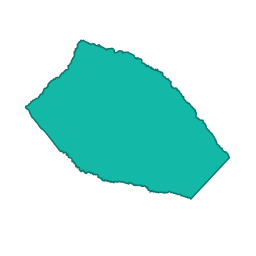 the district of General Alvear, Mendoza, Argentina, rotated 313°
{"feature_id": "61730980B19531104090182", "entity_name": "General Alvear", "entity_type": "district", "adm_level": 2, "iso_a3": "ARG", "parent_name": "Argentina", "parent_adm1": "Mendoza", "projection": "albers", "projection_center": [-66.959, -35.244], "detail": "fine", "context": "isolated", "style": "filled", "palette": "teal", "viewbox_px": 256, "rotation_deg": 313, "n_neighbors": 0, "source": "geoboundaries", "source_scale": "gbopen_adm2", "svg_char_len": 5799}
<svg xmlns="http://www.w3.org/2000/svg" viewBox="0 0 256 256"><g transform="rotate(313 128 128)"><path d="M174.3,66.1L175.5,64.8L175.7,62.9L175.5,62.2L172.5,59.6L171.6,59.4L171.6,58.8L170.8,59.1L170.3,58.8L170.2,58.4L170.4,57.7L169.8,54.3L169.3,54.3L169.3,53.2L168.8,52.7L169.2,52.0L168.2,51.1L169.1,50.5L169.2,50.1L166.8,49.0L166.1,47.7L166.6,47.0L166.4,45.7L165.8,45.5L165.7,44.9L163.5,43.4L163.6,42.5L162.7,41.4L163.2,40.8L161.9,37.7L161.7,35.7L161.3,35.7L160.5,34.8L160.1,33.8L159.6,33.8L158.9,34.4L157.8,33.6L155.6,34.1L154.7,33.9L153.4,35.3L152.7,35.6L152.5,36.2L152.0,36.4L151.4,36.0L150.8,36.1L150.0,35.6L149.5,36.0L149.1,37.0L148.5,37.2L147.7,36.6L146.8,36.8L146.7,37.8L145.8,37.8L144.6,39.4L141.9,40.2L141.2,40.0L140.2,40.7L139.2,40.6L138.0,41.1L137.7,41.7L136.9,42.1L135.9,41.8L133.6,42.2L132.7,41.7L132.0,42.2L131.0,44.1L130.6,44.2L128.9,43.6L128.1,42.8L127.4,43.1L126.8,42.8L124.8,42.9L123.7,43.3L123.2,42.3L122.9,42.3L122.7,42.5L120.2,42.5L119.2,43.2L118.3,43.0L117.7,43.1L116.7,41.7L116.3,41.7L115.4,41.0L113.9,41.4L113.2,40.3L112.0,40.7L111.8,40.3L109.5,39.6L108.3,39.8L107.8,39.5L107.1,40.0L106.4,39.6L105.9,39.7L104.8,40.2L104.0,41.2L103.6,40.8L102.6,41.2L101.8,40.9L101.5,41.1L100.3,40.1L98.9,40.0L97.7,41.1L95.8,41.2L94.9,42.3L93.4,41.2L92.5,41.5L92.2,41.1L91.4,41.5L89.6,41.5L89.3,42.0L88.8,42.0L87.8,41.7L87.3,41.0L84.4,40.3L83.3,39.6L82.2,39.9L81.2,39.1L79.4,40.0L77.9,39.3L76.3,39.6L74.3,38.5L73.7,38.7L73.0,39.3L72.9,40.6L73.5,43.4L72.0,46.0L70.4,50.4L70.4,53.6L69.7,56.7L69.8,58.5L69.2,60.2L68.5,63.9L68.4,65.0L68.9,67.9L68.2,73.5L64.8,94.2L64.9,94.7L66.1,95.2L65.8,96.2L66.1,96.7L65.7,97.6L65.8,98.1L67.6,98.6L67.9,99.5L67.3,100.2L67.3,101.1L66.6,100.9L66.3,101.4L67.5,102.1L66.8,102.4L66.7,103.7L66.0,104.6L67.1,106.8L67.3,108.1L65.3,109.9L65.4,110.3L66.4,110.7L66.2,111.6L65.8,112.0L66.1,112.5L65.5,112.9L65.9,113.8L65.1,115.1L65.4,115.7L65.2,116.0L64.3,116.1L64.2,116.5L65.0,116.9L65.2,117.4L64.5,118.2L65.8,118.9L65.9,119.5L65.5,120.1L64.4,120.6L64.4,121.3L64.1,121.8L64.5,122.4L64.1,123.2L64.5,123.7L65.9,123.6L65.9,125.2L66.6,125.3L66.6,125.6L66.2,126.1L66.2,126.8L65.8,127.4L66.0,127.8L66.7,127.7L67.1,128.3L66.9,128.6L68.3,128.6L68.6,129.1L69.5,129.3L69.3,129.9L69.6,130.7L69.4,131.4L70.4,132.1L70.4,132.7L70.9,133.4L70.3,133.5L70.3,134.4L70.7,134.9L71.5,135.1L71.6,136.1L72.9,137.1L73.0,138.5L71.7,139.4L71.6,139.9L71.9,140.6L72.2,140.8L72.6,142.2L72.5,143.2L73.2,143.5L72.3,144.3L72.8,146.4L73.6,147.1L74.2,146.6L74.8,147.9L75.3,148.2L75.0,148.8L75.7,149.2L75.4,149.7L76.2,150.0L76.2,151.1L76.4,151.8L76.7,151.7L76.8,152.2L77.5,152.3L77.5,153.3L78.7,154.1L78.5,154.9L79.5,155.2L80.3,155.1L81.0,157.0L83.0,158.1L83.5,159.4L84.0,159.5L84.2,160.2L84.9,160.4L85.1,161.0L85.0,161.6L85.6,162.1L85.6,162.8L86.4,163.9L86.6,164.8L87.3,165.4L87.3,166.3L87.9,166.7L88.5,166.2L89.0,166.3L89.0,166.8L90.1,168.0L89.7,168.3L89.7,168.7L90.4,169.8L90.3,170.4L90.7,170.9L90.2,171.0L90.2,171.3L90.8,171.8L90.7,172.0L91.5,173.0L92.1,173.3L92.6,174.4L93.1,174.4L94.2,175.5L94.2,176.2L95.3,176.8L94.7,177.5L95.2,178.5L96.1,179.2L96.8,179.2L97.0,179.5L97.3,181.5L97.8,182.5L97.0,182.5L97.3,183.4L96.5,185.0L96.8,185.2L96.6,185.6L97.2,187.2L96.7,187.7L97.5,187.7L97.6,188.3L98.5,188.3L98.3,189.1L99.2,190.0L98.9,190.6L99.5,190.8L99.9,191.6L100.4,191.8L100.2,192.4L100.7,192.8L100.7,193.1L101.4,193.4L101.4,194.4L102.9,195.2L103.1,195.6L104.3,196.6L104.6,197.1L104.5,197.8L104.7,198.3L105.5,198.9L106.0,198.8L106.0,199.3L107.8,201.1L109.6,201.2L109.9,201.5L110.1,203.4L111.4,204.7L111.4,205.8L112.3,206.7L112.4,207.5L113.1,208.4L113.1,209.5L115.1,211.5L114.7,212.9L115.7,213.9L115.8,214.9L116.8,216.5L117.0,217.8L118.0,218.3L117.8,219.1L117.9,219.6L119.2,220.8L119.0,222.4L175.3,222.4L175.6,222.2L175.5,221.6L176.6,220.0L176.6,219.2L177.1,218.8L177.2,218.0L176.9,216.7L177.3,215.9L176.3,214.6L176.2,213.4L176.4,211.7L177.2,210.8L177.3,210.3L176.5,209.6L176.5,208.8L177.2,207.6L177.1,205.3L176.8,204.3L177.0,203.5L177.6,203.1L178.0,201.9L178.8,200.9L179.0,199.6L179.9,198.0L180.2,196.8L180.2,195.8L181.1,193.7L180.9,190.1L181.3,189.4L181.3,185.5L182.3,184.3L183.1,182.8L183.5,181.6L183.2,180.4L183.6,180.0L183.3,179.4L184.5,178.0L184.6,177.2L183.6,176.4L182.9,174.9L183.0,173.7L182.6,173.1L182.8,172.8L182.4,172.6L182.5,171.3L182.8,171.1L182.3,170.3L183.1,169.2L184.3,168.8L184.7,168.2L185.5,167.9L185.6,166.9L186.1,166.4L186.0,165.7L186.6,165.5L186.9,165.1L186.7,164.2L187.0,163.9L186.7,163.3L187.0,162.8L186.7,162.5L187.0,161.8L186.9,161.4L187.2,161.0L187.0,158.8L187.4,157.9L187.4,156.9L187.8,156.3L187.5,155.4L187.0,155.1L187.3,154.0L186.6,153.4L186.6,152.9L187.3,151.2L187.0,150.3L187.5,149.0L187.4,148.6L188.8,147.3L188.1,146.2L188.9,144.5L189.2,142.9L189.0,141.8L189.8,140.5L189.7,138.2L189.3,138.1L189.9,137.6L190.1,136.3L189.7,135.5L188.7,135.1L188.5,134.3L187.8,133.4L188.3,132.7L188.1,132.2L187.6,131.9L188.5,130.9L189.1,129.4L189.4,129.3L189.6,128.5L190.5,128.4L191.3,127.7L190.7,126.2L190.9,124.9L191.4,124.5L191.3,123.7L190.7,123.7L189.9,121.8L190.5,120.5L190.0,119.3L190.3,117.2L191.3,116.6L191.8,115.8L191.9,115.2L191.4,114.1L190.8,114.1L191.1,112.9L189.9,110.9L191.0,109.7L190.9,109.5L190.3,109.1L189.7,109.3L189.0,109.0L189.4,108.1L188.5,108.0L188.2,107.3L188.5,106.5L187.6,105.6L187.8,105.0L188.1,104.9L188.3,104.1L187.6,104.3L187.1,103.8L187.7,102.9L187.3,102.1L187.2,101.2L187.5,100.3L186.7,99.5L185.7,99.5L185.8,99.0L186.5,98.4L186.1,97.4L186.3,96.8L186.1,95.4L185.1,93.6L187.1,91.7L187.2,90.5L186.0,88.5L186.0,87.3L184.9,86.8L185.0,87.3L184.7,87.4L184.2,86.5L184.2,86.1L184.5,86.3L184.7,85.9L184.3,85.2L184.3,84.1L185.2,83.0L184.1,79.1L183.6,78.3L183.7,77.7L183.4,76.3L181.6,74.5L180.5,73.8L180.2,73.4L180.3,73.0L179.4,72.9L180.1,71.3L178.8,69.3L177.5,68.5L176.7,68.6L175.3,68.2L174.4,67.2L174.3,66.1Z" fill="#14b8a6" stroke="#0f766e" stroke-width="1.5"/></g></svg>